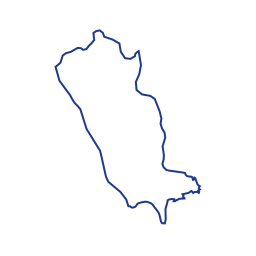 outline of Aydin, rotated 253°
{"feature_id": "TUR-2229", "entity_name": "Aydin", "entity_type": "Province", "adm_level": 1, "iso_a3": "TUR", "parent_name": "Turkey", "parent_adm1": "", "projection": "natural_earth1", "projection_center": [27.708, 37.721], "detail": "fine", "context": "isolated", "style": "outline", "palette": "blue", "viewbox_px": 256, "rotation_deg": 253, "n_neighbors": 0, "source": "natural_earth", "source_scale": "10m", "svg_char_len": 1685}
<svg xmlns="http://www.w3.org/2000/svg" viewBox="0 0 256 256"><g transform="rotate(253 128 128)"><path d="M68.3,169.4L66.4,169.5L64.7,170.4L63.7,172.2L63.2,173.9L62.1,175.1L59.4,175.0L59.4,176.0L61.0,177.1L60.4,177.6L54.0,178.0L52.5,178.6L51.3,179.7L50.5,178.6L49.7,178.1L49.0,178.1L48.3,178.7L48.1,177.7L48.0,177.3L47.6,176.8L46.7,177.4L46.4,177.5L46.1,177.3L45.3,176.8L46.4,175.6L47.1,174.3L47.3,172.9L46.8,171.3L48.5,170.6L49.1,170.4L49.1,169.5L48.2,166.9L48.7,160.8L46.9,161.3L46.2,160.6L45.5,160.5L44.7,161.2L43.9,162.2L44.4,159.9L45.0,157.9L45.3,156.0L44.7,153.9L45.0,153.1L44.6,152.5L44.2,151.7L44.7,150.2L46.4,151.3L47.3,149.2L47.6,146.2L47.2,144.7L45.7,144.1L39.5,140.1L30.0,137.5L26.0,135.4L27.0,132.7L28.9,132.2L36.2,132.7L38.5,132.4L47.8,129.0L49.2,128.0L51.7,124.9L52.5,122.8L52.9,119.8L53.0,116.9L52.9,115.3L52.1,114.0L51.1,112.9L50.4,111.3L50.6,108.8L51.0,108.3L52.4,107.1L52.9,106.1L53.1,105.5L60.3,105.4L69.0,102.1L82.2,93.5L87.7,92.7L114.2,94.7L139.2,88.1L159.9,87.9L163.8,86.3L167.5,84.3L171.8,83.1L176.1,82.3L193.1,76.3L207.7,76.6L208.9,79.7L210.3,82.6L216.3,86.7L217.7,90.6L217.5,95.2L219.3,103.3L218.2,106.2L215.9,107.9L215.6,111.3L218.0,114.5L219.7,117.9L222.0,121.4L228.9,122.7L230.0,125.8L229.6,129.5L226.3,131.8L222.2,132.0L217.1,139.1L211.4,144.5L203.1,143.4L195.6,145.6L193.4,150.6L194.7,155.7L195.8,156.1L196.9,156.9L197.8,158.7L198.4,160.7L184.3,158.8L176.3,154.6L169.6,148.9L161.8,147.3L156.0,151.3L152.2,158.7L147.9,162.1L134.8,163.1L127.2,162.7L122.6,160.4L117.7,160.4L112.8,161.6L107.9,160.8L100.3,155.7L91.6,154.4L87.5,152.9L83.6,150.4L80.0,150.6L76.7,152.4L75.3,154.7L69.5,167.2L68.3,169.4Z" fill="none" stroke="#1e3a8a" stroke-width="2"/></g></svg>